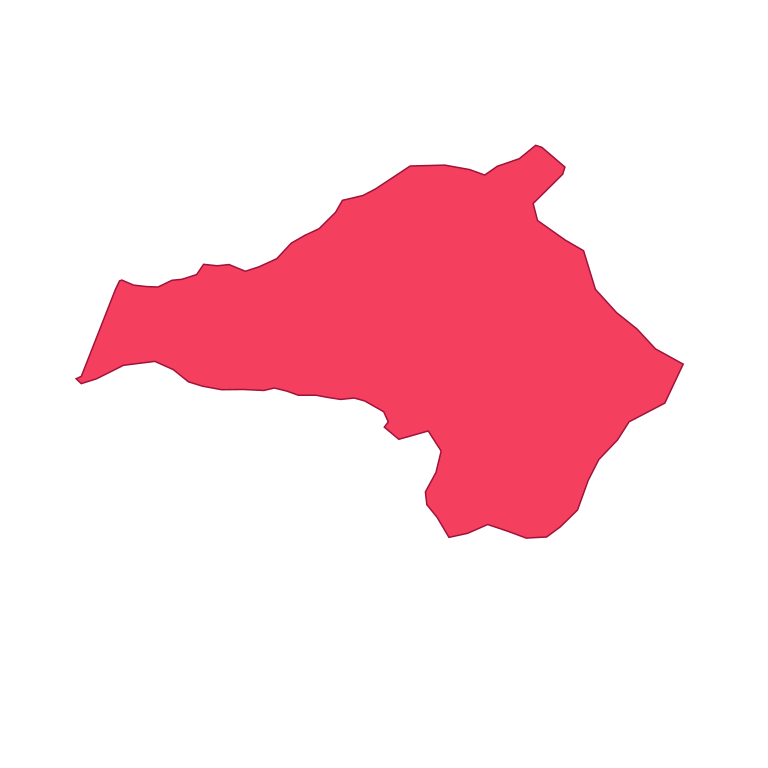 the district of Trimiklini, Limassol, Cyprus, rotated 251°
{"feature_id": "46923920B95743207608063", "entity_name": "Trimiklini", "entity_type": "district", "adm_level": 2, "iso_a3": "CYP", "parent_name": "Cyprus", "parent_adm1": "Limassol", "projection": "equal_earth", "projection_center": [32.914, 34.854], "detail": "fine", "context": "isolated", "style": "filled", "palette": "rose", "viewbox_px": 768, "rotation_deg": 251, "n_neighbors": 0, "source": "geoboundaries", "source_scale": "gbopen_adm2", "svg_char_len": 1224}
<svg xmlns="http://www.w3.org/2000/svg" viewBox="0 0 768 768"><g transform="rotate(251 384 384)"><path d="M489.2,94.6L482.9,97.9L482.5,113.8L486.5,143.7L480.0,174.7L466.1,189.5L449.7,199.8L441.0,211.7L431.5,228.5L424.6,249.2L417.0,268.3L415.9,279.0L408.9,289.8L401.3,299.3L395.5,316.1L390.4,325.0L383.6,337.8L380.4,351.3L374.3,360.2L357.8,374.7L346.8,375.7L343.1,370.2L326.9,380.0L325.2,410.5L302.0,416.2L283.5,404.4L268.5,388.0L256.0,385.2L240.6,390.8L217.8,395.5L215.6,414.7L217.4,436.3L204.0,453.7L192.4,467.8L192.0,468.3L186.4,488.0L191.6,504.4L199.2,520.4L201.9,526.0L226.4,545.7L242.7,562.6L255.1,586.6L268.5,603.5L274.5,643.3L305.4,673.4L308.6,670.4L328.8,652.1L353.7,641.1L375.8,627.1L404.7,614.7L445.0,616.1L461.1,602.2L488.6,582.4L506.1,583.8L524.2,621.3L530.2,625.7L556.4,610.3L560.3,605.1L553.0,585.2L553.0,562.1L548.8,547.2L558.8,534.9L571.2,512.7L581.6,479.7L571.2,439.4L569.1,425.3L571.2,404.5L562.1,394.1L552.0,373.2L550.4,357.9L547.4,342.2L537.4,323.4L535.5,303.7L535.8,289.5L547.4,276.4L550.1,264.8L555.9,252.4L548.5,242.5L548.8,227.1L551.1,217.3L549.3,201.9L553.3,191.5L559.1,179.3L567.6,170.0L567.6,167.5L560.8,160.8L489.8,100.3L489.2,94.6Z" fill="#f43f5e" stroke="#9f1239" stroke-width="1.5"/></g></svg>